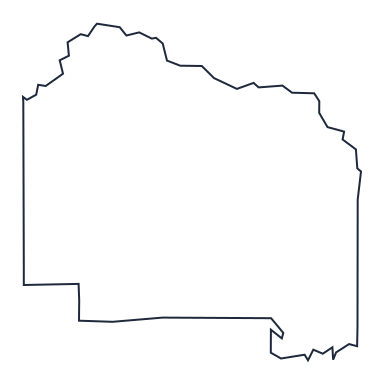 outline of Alachua, Florida, United States of America
{"feature_id": "52423323B74647916820461", "entity_name": "Alachua", "entity_type": "district", "adm_level": 2, "iso_a3": "USA", "parent_name": "United States of America", "parent_adm1": "Florida", "projection": "orthographic", "projection_center": [-82.336, 29.682], "detail": "fine", "context": "isolated", "style": "outline", "palette": "slate", "viewbox_px": 384, "rotation_deg": 0, "n_neighbors": 0, "source": "geoboundaries", "source_scale": "gbopen_adm2", "svg_char_len": 833}
<svg xmlns="http://www.w3.org/2000/svg" viewBox="0 0 384 384"><path d="M23.0,96.9L23.3,102.2L23.8,266.4L23.8,285.0L78.6,283.9L79.2,300.3L79.0,320.7L112.6,321.8L162.5,317.6L271.1,318.2L283.3,332.9L281.8,338.4L270.9,329.7L270.8,352.7L281.0,358.5L304.6,354.7L308.0,360.3L313.3,349.7L322.8,353.7L332.4,347.3L333.1,359.7L336.1,352.4L349.0,344.1L357.1,346.2L357.5,326.2L357.7,199.5L361.0,171.5L357.3,168.4L355.9,149.4L342.6,139.5L344.1,131.6L327.5,127.1L319.2,112.9L319.3,101.2L314.2,93.3L292.0,92.7L282.5,85.6L258.6,87.4L253.6,82.9L236.9,88.9L214.0,78.1L201.8,66.0L180.2,65.7L167.0,60.6L162.7,43.5L156.0,37.8L151.8,38.6L139.2,32.4L126.4,35.5L119.7,27.2L97.0,23.7L94.6,26.3L88.0,36.1L80.7,34.2L67.6,42.3L68.9,55.7L59.7,60.3L63.0,73.7L45.7,86.0L38.2,84.8L36.2,94.7L26.9,99.8L23.0,96.9Z" fill="none" stroke="#1e293b" stroke-width="2"/></svg>